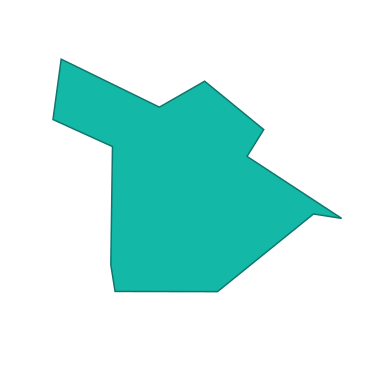 Harrisonburg, Virginia, United States of America, rotated 100°
{"feature_id": "52423323B43531707652669", "entity_name": "Harrisonburg", "entity_type": "district", "adm_level": 2, "iso_a3": "USA", "parent_name": "United States of America", "parent_adm1": "Virginia", "projection": "robinson", "projection_center": [-78.881, 38.44], "detail": "fine", "context": "isolated", "style": "filled", "palette": "teal", "viewbox_px": 384, "rotation_deg": 100, "n_neighbors": 0, "source": "geoboundaries", "source_scale": "gbopen_adm2", "svg_char_len": 322}
<svg xmlns="http://www.w3.org/2000/svg" viewBox="0 0 384 384"><g transform="rotate(100 192 192)"><path d="M80.7,198.8L114.1,238.9L83.9,343.9L144.8,341.5L161.1,278.2L277.8,259.3L303.3,250.5L285.7,149.6L192.6,68.6L192.0,40.1L147.4,144.0L118.1,132.2L80.7,198.8Z" fill="#14b8a6" stroke="#0f766e" stroke-width="1.5"/></g></svg>